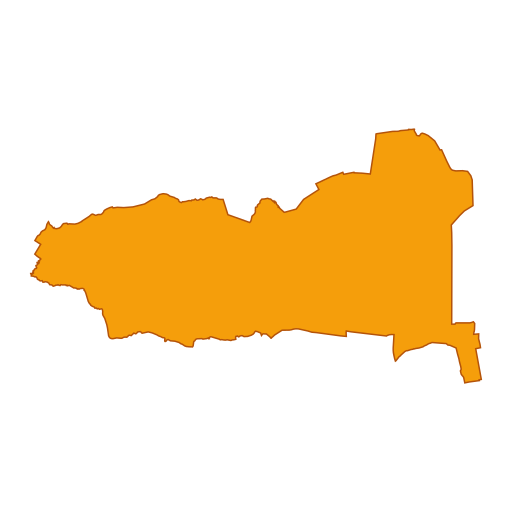 Nicolae Balcescu, Bacau, Romania
{"feature_id": "2599482B89029653208955", "entity_name": "Nicolae Balcescu", "entity_type": "district", "adm_level": 2, "iso_a3": "ROU", "parent_name": "Romania", "parent_adm1": "Bacau", "projection": "mercator", "projection_center": [26.867, 46.473], "detail": "fine", "context": "isolated", "style": "filled", "palette": "amber", "viewbox_px": 512, "rotation_deg": 0, "n_neighbors": 0, "source": "geoboundaries", "source_scale": "gbopen_adm2", "svg_char_len": 5988}
<svg xmlns="http://www.w3.org/2000/svg" viewBox="0 0 512 512"><path d="M110.4,338.2L111.5,338.6L112.9,338.7L116.7,337.9L121.1,338.3L122.0,338.2L123.7,337.3L124.8,337.1L126.8,337.2L127.5,336.7L128.7,335.4L129.5,335.2L131.2,335.6L133.9,333.1L135.5,333.8L136.1,333.7L137.9,331.9L140.2,331.6L140.9,332.0L141.7,333.0L142.3,333.2L148.2,331.9L152.2,332.9L157.0,334.9L158.6,335.9L160.9,336.7L162.5,337.6L164.3,337.8L164.7,338.1L164.9,338.6L164.7,340.4L164.8,341.2L165.1,341.5L165.6,341.4L166.3,340.9L167.1,339.8L168.1,339.5L170.4,340.8L174.9,341.2L179.1,342.5L180.9,343.8L182.2,344.2L184.7,345.9L186.4,346.5L189.2,346.8L192.5,346.9L193.0,346.2L193.2,345.5L193.7,341.9L193.9,341.4L194.8,340.8L195.3,339.9L196.0,339.2L197.0,338.8L201.9,338.6L202.9,339.1L206.7,338.6L208.3,338.0L208.4,338.5L208.9,338.8L209.2,338.7L208.8,338.2L209.1,337.8L210.3,336.8L211.3,336.8L219.3,339.2L220.2,339.8L221.8,339.6L223.9,340.0L225.6,340.1L227.2,339.8L230.9,340.5L232.4,339.9L233.8,339.8L235.8,339.3L235.6,337.5L235.7,336.7L235.9,336.4L237.6,336.0L238.2,336.7L238.8,336.9L239.8,336.1L241.0,335.7L242.5,335.7L243.3,336.3L244.1,336.6L247.7,336.4L251.3,335.2L253.2,334.1L254.3,332.8L254.9,331.7L255.5,331.2L257.6,331.7L260.6,333.0L261.5,335.5L262.5,334.2L263.2,333.8L265.6,334.0L266.3,333.9L269.8,336.8L271.0,338.2L271.4,338.1L271.6,337.6L272.7,336.8L274.6,335.0L282.1,330.2L289.3,330.1L291.2,329.8L293.6,329.1L295.9,328.8L298.5,328.9L307.9,331.0L311.8,332.2L316.4,332.6L340.8,335.9L346.3,336.4L346.1,332.6L346.3,331.0L351.0,331.8L386.5,336.0L387.2,335.5L389.1,334.8L391.5,334.5L394.0,334.6L393.2,348.0L393.2,350.3L393.4,352.7L393.9,355.3L394.6,358.5L395.4,361.1L396.0,360.7L399.1,356.7L400.5,355.7L400.8,355.2L404.9,351.5L406.4,350.7L407.5,350.7L410.8,349.6L413.1,349.2L413.9,348.7L414.6,348.9L415.6,348.5L419.0,348.0L423.0,346.8L424.3,345.9L426.5,345.0L428.6,343.7L430.3,343.2L432.0,342.5L446.3,343.6L447.8,345.0L450.0,345.3L456.1,348.0L457.6,354.2L458.9,358.7L459.5,361.8L460.8,366.8L461.2,369.3L460.4,370.9L461.2,374.2L462.4,375.8L463.1,376.5L463.7,377.6L464.8,382.9L469.0,382.0L479.3,380.6L479.1,379.8L481.3,379.4L475.7,348.7L480.5,347.7L480.0,344.4L478.6,338.8L478.7,333.9L473.7,334.3L473.9,332.1L474.2,331.5L474.5,329.6L474.7,323.5L473.4,321.8L471.5,322.5L469.8,322.9L456.3,322.9L455.6,323.1L455.0,324.2L451.7,324.1L451.9,245.7L451.7,232.7L451.3,225.0L459.6,215.6L464.4,210.9L473.0,205.6L472.2,179.9L470.8,175.7L467.6,171.4L462.5,170.7L455.8,170.9L452.4,170.2L451.1,169.2L449.9,167.5L446.8,161.3L441.6,149.8L440.0,150.0L434.7,140.9L428.2,135.6L424.9,134.0L422.4,133.2L421.8,133.3L420.7,134.0L419.5,135.8L419.0,135.9L417.1,135.5L416.5,135.1L416.1,133.9L414.4,131.1L414.2,130.5L414.5,129.3L414.2,129.1L411.4,129.5L408.7,129.4L408.7,129.8L406.9,130.1L400.6,130.6L398.2,131.3L392.7,131.4L376.9,133.7L376.0,134.0L375.7,138.9L370.3,174.0L362.3,173.2L354.0,172.8L353.9,172.3L343.7,174.3L342.8,172.3L336.0,175.1L333.1,175.8L330.3,177.0L315.9,183.8L318.9,189.5L303.6,199.4L296.2,209.1L285.3,212.1L284.2,212.3L279.7,208.3L279.5,208.1L279.4,207.5L279.0,207.4L278.9,207.0L278.2,207.2L278.1,206.8L278.3,206.1L278.2,205.8L276.6,204.4L276.1,202.7L275.7,202.1L275.3,202.1L274.9,202.8L274.7,202.9L274.5,202.7L274.2,202.0L274.0,201.9L274.5,201.3L274.1,201.2L273.9,200.9L273.5,201.3L273.1,201.4L270.7,199.1L268.8,198.8L267.8,198.3L264.2,199.0L261.9,199.1L260.3,200.9L260.0,201.8L259.9,203.0L257.6,204.9L257.3,205.5L257.4,206.2L257.3,206.6L256.8,207.1L255.7,207.2L255.4,207.9L255.5,209.5L255.3,210.1L255.4,212.1L254.8,213.5L254.1,214.4L252.0,216.2L251.1,220.4L250.6,221.4L249.7,222.5L227.9,214.7L223.1,199.4L220.4,199.4L218.3,199.1L216.9,198.1L216.3,197.9L213.1,197.9L211.8,196.9L210.7,197.4L209.6,197.2L206.2,198.1L205.4,199.0L203.9,199.6L202.6,199.8L201.9,199.3L200.6,198.8L198.5,200.1L197.0,200.3L195.3,199.0L194.0,199.9L191.7,200.1L191.4,200.7L188.8,200.6L186.1,201.4L183.3,201.8L182.6,201.7L181.3,202.6L179.8,202.0L179.0,201.4L178.5,199.8L177.3,198.9L175.5,198.3L174.4,197.5L169.8,196.1L167.9,194.7L166.4,194.1L163.3,193.7L162.1,193.9L159.5,194.6L158.3,195.4L157.6,196.6L154.9,198.8L151.5,199.8L144.6,204.0L133.0,206.9L123.8,207.6L117.3,207.3L113.1,207.9L112.3,206.9L109.8,207.6L106.9,208.9L104.8,210.1L104.1,210.7L103.4,212.3L101.6,214.2L100.8,214.5L98.1,214.5L96.0,215.3L95.4,215.3L93.3,214.3L92.4,214.1L91.5,214.4L89.2,216.4L82.0,221.0L81.9,221.4L78.1,223.3L74.9,224.1L69.0,223.8L67.9,224.3L67.5,224.1L67.3,223.8L67.4,223.6L67.1,223.3L66.6,223.2L63.5,223.6L62.6,224.4L61.2,226.5L59.6,227.9L57.5,228.5L56.6,228.7L54.9,228.5L54.5,228.3L54.1,227.6L53.6,228.2L52.8,227.5L51.7,225.9L50.3,225.0L49.4,224.1L48.9,222.4L48.4,221.7L46.9,224.3L46.1,227.7L44.9,229.7L42.5,230.9L41.1,232.1L40.1,234.1L39.0,235.2L38.0,235.6L37.2,236.5L34.9,240.6L40.7,244.3L34.8,254.1L37.2,256.3L40.7,258.7L40.8,259.1L39.9,259.9L39.6,260.4L39.5,260.9L38.8,260.7L38.4,261.0L38.6,262.2L39.1,262.6L38.8,263.2L38.3,262.6L37.2,262.4L37.0,262.8L37.7,264.0L37.5,264.5L37.2,264.9L36.0,265.5L35.9,265.8L36.7,267.8L36.4,268.4L35.2,268.6L34.3,269.5L34.0,270.3L33.1,270.8L33.0,271.0L33.5,271.7L33.5,272.0L32.8,272.3L32.8,272.7L33.3,273.2L32.5,274.0L31.2,273.4L30.7,273.5L30.8,273.9L31.3,274.5L31.3,276.0L33.3,276.2L34.8,276.9L35.8,276.8L36.7,277.6L37.3,278.5L37.4,279.1L37.9,279.5L38.9,279.7L39.2,280.3L40.2,280.9L42.2,280.7L42.8,282.1L44.0,282.2L45.1,281.7L47.3,282.1L48.9,283.2L49.7,284.7L51.8,284.9L53.2,286.2L55.0,285.7L55.9,285.1L57.2,285.2L57.9,284.7L58.5,284.9L59.0,285.4L60.2,285.5L60.5,284.8L60.9,284.6L62.0,284.9L65.7,284.9L66.2,285.5L67.0,285.2L67.3,285.8L69.4,285.4L73.8,288.0L74.8,287.9L76.5,288.3L77.0,288.9L77.4,289.1L78.0,288.7L78.7,289.1L79.2,289.1L80.1,288.6L82.0,288.4L82.8,288.4L83.7,288.9L84.3,289.5L84.1,290.3L84.9,291.0L85.8,293.1L88.3,301.5L89.6,303.8L90.4,304.2L90.7,305.2L92.3,306.3L94.3,307.1L94.8,308.1L96.5,308.1L97.2,308.9L98.4,308.5L99.4,309.3L101.5,308.8L102.3,309.3L102.7,311.4L102.6,313.8L103.0,315.3L104.8,318.5L106.8,324.7L107.5,328.1L108.6,335.8L109.5,337.5L110.4,338.2Z" fill="#f59e0b" stroke="#b45309" stroke-width="1.5"/></svg>